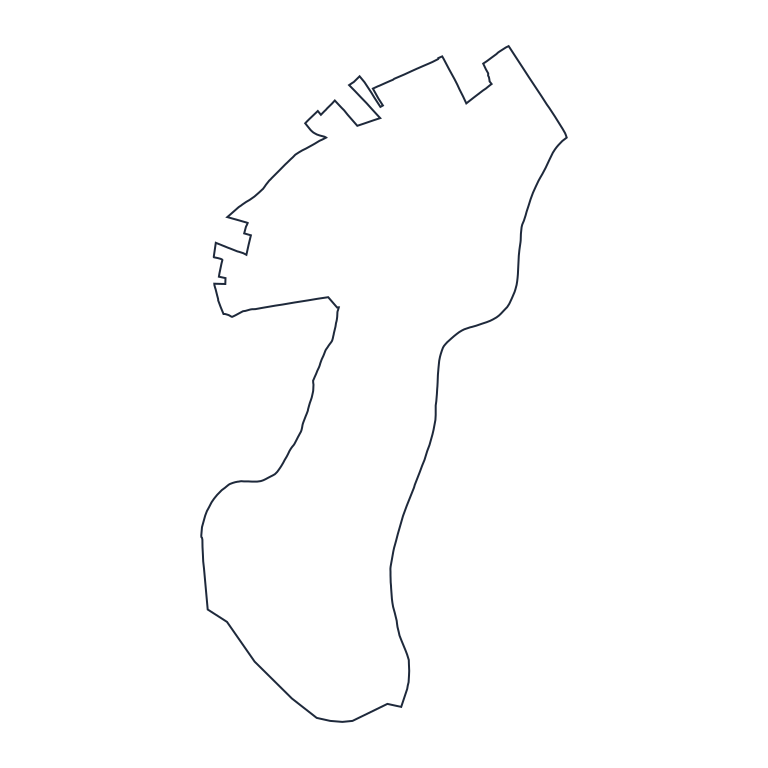 Kim Son, Ninh Bình, Vietnam
{"feature_id": "81297802B55928452292311", "entity_name": "Kim Son", "entity_type": "district", "adm_level": 2, "iso_a3": "VNM", "parent_name": "Vietnam", "parent_adm1": "Ninh Bình", "projection": "albers", "projection_center": [106.082, 20.036], "detail": "fine", "context": "isolated", "style": "outline", "palette": "slate", "viewbox_px": 768, "rotation_deg": 0, "n_neighbors": 0, "source": "geoboundaries", "source_scale": "gbopen_adm2", "svg_char_len": 6026}
<svg xmlns="http://www.w3.org/2000/svg" viewBox="0 0 768 768"><path d="M566.7,137.6L565.9,135.2L565.1,133.2L562.7,129.0L554.9,116.5L549.2,107.8L546.9,104.6L541.3,95.9L529.1,77.5L523.0,68.1L516.6,58.3L509.5,47.4L508.6,46.1L505.8,47.5L503.3,49.1L499.4,51.6L498.1,52.5L496.4,54.1L491.9,57.4L486.8,61.2L483.2,63.6L485.9,69.3L488.2,73.4L488.1,75.5L488.2,75.8L488.9,77.1L489.2,78.5L489.5,80.4L489.6,81.4L489.9,81.8L491.6,84.0L490.0,85.2L487.5,87.2L485.8,88.6L483.1,90.4L473.7,97.6L466.3,103.4L463.1,96.5L459.5,89.4L457.3,84.6L454.6,79.3L449.0,69.1L443.7,59.0L442.2,56.4L438.3,58.1L438.4,58.7L438.2,59.0L437.9,59.2L432.4,62.0L429.0,63.5L424.8,65.3L422.7,66.2L417.9,68.3L417.4,68.5L411.2,71.3L404.5,74.4L394.2,78.8L392.9,79.8L390.2,80.9L385.9,82.8L379.2,85.8L378.1,86.2L372.9,88.6L378.4,98.5L382.9,105.5L380.4,106.9L374.3,97.5L371.4,92.7L364.5,82.2L359.6,76.3L353.8,82.0L351.9,83.2L349.1,85.1L355.1,91.2L360.7,97.1L366.6,103.2L371.9,109.1L377.3,115.0L380.2,118.1L373.5,120.3L364.5,123.4L357.3,125.8L347.7,114.8L344.1,110.3L341.8,108.0L340.0,106.1L334.8,100.5L332.0,103.6L327.1,108.4L325.9,109.8L324.3,111.3L320.9,114.8L317.8,111.0L309.0,119.4L306.9,121.5L305.2,123.3L310.5,129.9L311.6,131.0L313.2,132.4L314.5,133.2L316.9,134.5L319.8,135.5L324.4,136.7L325.7,137.3L326.1,137.6L322.2,139.6L319.5,140.8L314.9,143.6L312.8,144.8L305.9,148.6L302.4,150.3L299.0,152.3L295.3,154.7L292.8,157.3L290.6,159.3L286.8,163.0L285.4,164.3L279.1,170.7L271.5,178.3L270.9,179.0L270.1,179.8L269.3,180.5L268.2,181.9L265.9,184.8L265.5,185.4L264.7,186.6L263.8,187.8L263.1,188.8L262.4,189.4L259.3,192.3L254.5,196.5L250.8,199.1L249.5,200.0L246.2,201.9L242.1,204.7L241.4,205.3L238.7,207.1L234.4,210.9L227.3,217.1L239.5,220.5L242.2,221.3L246.8,222.6L247.7,223.0L246.7,225.3L246.1,226.4L245.8,227.3L244.4,232.6L244.2,233.4L250.9,235.3L248.7,244.4L246.4,254.8L243.3,253.2L241.8,252.7L239.0,251.8L237.4,251.4L230.1,248.5L228.2,247.8L215.8,242.8L213.8,256.5L213.8,257.1L214.0,257.3L217.9,258.1L220.5,258.8L221.7,259.3L222.1,259.6L222.4,260.0L221.5,263.5L219.4,273.6L218.9,276.7L225.5,278.1L225.3,284.0L217.2,283.8L214.3,283.7L214.4,285.1L215.1,287.7L215.6,289.2L217.2,295.6L218.1,299.0L218.2,300.5L218.7,301.8L220.6,306.9L223.5,314.0L224.1,314.0L225.0,314.0L225.8,314.2L226.8,314.5L228.1,314.9L228.9,315.2L231.5,316.7L232.0,316.8L232.3,316.8L232.9,316.5L234.0,316.0L235.8,315.1L239.3,313.2L242.3,311.6L242.6,311.4L243.2,311.2L243.9,311.1L245.4,310.9L247.5,310.3L250.3,309.5L251.5,309.3L252.3,309.2L253.8,309.2L255.5,309.1L262.1,307.9L275.5,305.6L282.2,304.6L294.5,302.5L308.5,300.3L317.4,298.8L328.2,297.2L337.1,307.5L338.5,307.3L338.8,307.3L338.6,308.0L338.2,309.4L338.0,310.2L337.7,310.9L337.4,312.2L337.4,312.7L337.2,316.8L337.1,317.6L336.8,319.8L336.5,321.3L336.0,323.1L335.8,324.5L335.5,326.5L335.2,327.8L334.8,329.4L334.5,330.7L334.2,331.9L333.8,333.6L333.7,334.4L333.3,336.0L332.8,338.4L332.3,340.1L332.2,340.4L332.0,340.8L331.8,341.3L331.3,342.0L330.8,342.7L330.1,343.6L328.7,345.5L327.7,347.1L326.5,348.8L326.0,349.5L325.5,350.4L325.1,351.4L324.6,352.7L324.0,354.3L323.3,356.0L322.4,357.9L321.7,359.4L321.0,361.3L320.3,363.3L319.6,365.7L318.9,367.5L317.4,370.6L316.1,373.9L314.6,377.2L313.6,379.6L313.1,380.6L313.2,382.7L313.5,384.8L313.4,386.3L313.3,388.8L313.2,390.6L313.1,391.3L312.9,392.3L312.3,395.0L311.7,397.6L310.8,400.3L309.9,402.8L309.1,405.5L308.5,407.7L308.2,408.8L308.0,409.6L307.9,410.5L307.4,411.9L306.6,414.0L305.8,415.9L305.1,417.7L304.3,419.8L303.3,422.4L302.8,423.9L302.5,425.1L302.1,427.5L301.7,429.3L301.3,430.7L300.8,431.9L299.9,433.5L299.2,434.8L298.4,436.3L298.1,436.8L297.0,439.0L295.4,442.1L294.4,444.0L293.5,445.3L292.6,446.3L291.6,447.6L290.6,449.1L289.3,451.3L289.0,452.0L287.9,454.3L286.7,456.6L284.6,460.1L283.2,462.8L281.3,466.0L280.2,467.7L278.3,470.4L277.2,471.9L276.1,473.0L275.3,473.8L274.6,474.4L273.8,474.8L272.8,475.4L270.6,476.5L268.1,477.8L265.7,479.1L263.4,480.2L262.0,480.7L260.7,481.1L259.3,481.3L257.1,481.6L254.7,481.6L252.1,481.6L248.2,481.4L244.0,481.4L241.4,481.2L240.3,481.3L238.7,481.6L237.7,481.7L235.2,482.2L232.8,482.9L229.9,484.0L228.7,484.7L226.0,486.9L225.2,487.6L221.7,490.2L217.2,494.8L214.1,498.6L211.5,502.4L209.2,506.9L206.9,511.1L205.2,515.6L202.0,527.1L201.3,535.2L201.3,536.2L201.4,537.1L202.0,537.8L202.4,539.8L202.5,546.8L202.9,554.5L203.2,561.4L204.0,568.6L205.5,585.2L207.7,609.5L227.0,621.9L254.6,661.6L291.9,698.5L316.7,717.9L330.2,720.9L342.4,721.9L352.5,720.9L387.4,703.9L401.2,706.9L407.2,688.9L407.8,685.4L408.6,682.2L409.0,675.6L409.2,670.9L408.9,663.5L408.9,663.4L408.8,660.0L407.1,654.5L405.7,650.8L401.5,640.6L399.5,635.5L398.8,632.3L397.5,627.0L397.0,623.5L396.7,620.8L394.8,613.0L393.1,606.8L392.4,602.7L391.9,598.8L391.1,587.9L391.0,585.7L390.7,582.4L390.6,578.7L390.5,575.3L390.5,571.8L390.4,568.8L390.6,566.7L391.1,563.8L391.8,560.0L393.3,551.5L394.1,547.8L395.1,544.3L396.2,540.3L397.8,534.1L403.0,516.0L406.7,505.9L414.0,487.6L414.8,484.8L417.5,477.9L419.8,472.0L422.2,465.5L424.5,459.9L427.2,451.1L429.5,445.0L432.5,434.3L433.6,429.6L435.4,420.0L435.7,414.9L435.7,405.5L436.3,401.2L436.9,394.0L437.2,388.8L437.4,386.5L437.6,382.8L437.9,375.0L438.5,367.8L439.2,360.8L440.0,356.8L440.8,353.9L441.9,350.5L443.0,347.6L444.0,345.9L445.5,344.1L447.6,341.8L447.8,341.7L451.2,338.6L454.2,336.0L456.7,334.0L459.1,332.2L461.9,330.5L464.3,329.3L465.5,328.9L470.2,327.3L471.6,327.0L476.2,325.7L481.7,323.8L486.6,322.2L490.2,320.8L493.0,319.4L496.5,317.4L498.9,315.6L501.0,313.6L503.9,310.5L506.0,308.3L507.1,307.2L508.8,304.6L509.4,303.6L511.5,299.1L512.3,297.3L514.6,291.9L515.4,289.4L516.6,284.9L517.2,281.2L517.6,277.6L517.9,274.1L518.2,267.9L518.5,261.8L518.8,255.7L519.4,249.9L519.8,247.0L520.5,242.2L520.7,240.2L520.9,233.9L521.6,227.2L522.2,224.7L522.6,223.7L523.9,220.7L525.6,215.4L526.6,211.7L528.6,205.6L530.6,199.2L533.0,192.7L535.9,186.3L538.6,180.6L540.5,177.2L542.2,174.3L543.8,171.3L545.7,167.7L549.3,160.0L552.9,152.6L553.7,151.4L554.9,149.5L556.6,147.2L558.2,145.3L560.1,143.3L562.3,141.0L565.8,138.3L566.7,137.6Z" fill="none" stroke="#1e293b" stroke-width="2"/></svg>